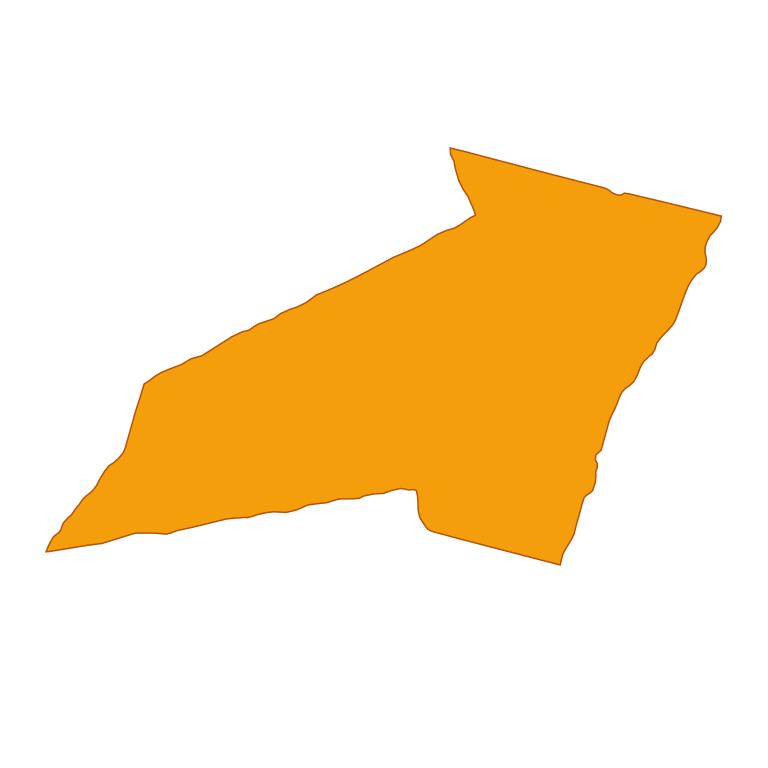 Okano, Wouleu-Ntem, Gabon (Equal Earth projection), rotated 195°
{"feature_id": "22940354B24104320747688", "entity_name": "Okano", "entity_type": "district", "adm_level": 2, "iso_a3": "GAB", "parent_name": "Gabon", "parent_adm1": "Wouleu-Ntem", "projection": "equal_earth", "projection_center": [11.511, 0.744], "detail": "fine", "context": "isolated", "style": "filled", "palette": "amber", "viewbox_px": 768, "rotation_deg": 195, "n_neighbors": 0, "source": "geoboundaries", "source_scale": "gbopen_adm2", "svg_char_len": 2727}
<svg xmlns="http://www.w3.org/2000/svg" viewBox="0 0 768 768"><g transform="rotate(195 384 384)"><path d="M101.1,628.6L101.6,633.5L158.4,632.2L196.6,631.1L201.1,630.6L204.2,627.6L208.1,627.0L213.5,627.8L217.0,629.6L221.5,630.4L278.5,629.8L366.7,629.4L381.2,629.1L380.6,627.3L379.1,622.8L374.1,617.4L371.1,610.9L364.4,599.9L358.4,593.0L351.5,586.9L343.9,577.5L341.0,573.5L339.3,570.7L342.9,567.6L347.6,562.3L351.5,557.6L356.6,552.6L362.9,548.8L371.3,542.2L384.6,527.2L393.1,520.1L407.4,509.0L430.3,487.6L446.9,472.6L459.2,462.5L467.4,456.3L472.4,452.5L477.9,445.5L480.5,442.3L487.5,436.2L494.6,431.4L501.7,425.7L507.4,418.5L513.5,414.4L519.7,410.4L523.7,406.7L528.3,401.1L534.5,397.7L543.5,390.0L559.3,372.8L567.3,364.1L571.7,361.5L577.0,358.4L584.9,350.2L595.0,343.0L602.2,337.4L607.1,332.3L612.0,325.9L615.7,322.0L616.1,308.3L616.6,299.3L616.9,290.9L617.1,276.0L617.4,254.6L618.4,249.2L621.7,242.6L624.5,238.3L628.5,233.9L631.3,227.5L634.2,217.4L635.3,211.8L637.5,206.2L640.4,201.8L643.0,198.4L645.2,194.6L647.3,188.6L649.9,182.7L651.9,177.0L654.8,172.6L657.5,167.4L658.2,163.9L658.4,159.5L659.6,156.5L663.7,151.1L665.4,145.1L666.5,138.9L667.0,134.5L664.3,135.4L654.8,139.7L643.0,145.0L628.4,151.6L615.3,156.9L600.9,166.0L585.5,175.7L567.5,180.5L555.3,182.7L551.1,185.1L545.7,189.0L532.2,195.9L519.4,202.9L501.8,212.6L493.6,215.8L488.5,217.4L484.6,219.0L481.5,219.5L477.4,221.8L472.4,225.1L463.6,229.7L457.5,232.0L451.0,233.4L445.2,234.7L440.8,237.0L436.2,239.6L430.1,244.3L426.5,247.3L419.5,250.3L414.2,252.4L408.8,254.4L404.7,257.0L400.6,259.6L396.5,261.7L391.0,263.2L382.9,265.5L378.4,267.2L374.2,270.8L365.2,275.3L356.4,278.1L349.3,283.0L341.1,287.3L336.6,287.9L332.3,288.1L328.6,289.6L325.7,289.7L324.5,288.4L322.6,284.3L321.2,280.6L320.0,276.5L318.5,271.5L316.7,267.6L314.3,263.6L308.7,258.7L304.9,255.5L301.3,254.3L296.6,254.0L293.0,254.0L291.5,254.0L267.8,254.0L189.5,254.6L167.0,254.8L167.2,261.0L167.2,265.4L166.3,270.3L164.3,277.0L162.4,283.6L161.6,288.5L161.8,298.1L161.6,308.7L161.6,319.5L161.3,326.1L159.7,328.8L157.2,331.6L154.9,335.0L154.4,344.2L155.7,350.7L156.8,354.1L156.4,358.4L157.3,362.3L160.1,365.3L161.0,370.3L159.3,372.9L157.1,376.3L157.0,395.9L156.9,406.6L156.0,413.4L154.5,420.3L153.7,426.6L153.0,433.7L152.0,437.9L149.5,442.5L146.1,446.5L143.3,451.2L141.8,457.1L141.2,462.4L140.6,467.1L139.0,472.9L134.7,480.0L132.7,482.3L131.3,487.6L131.1,494.2L129.7,497.9L127.2,503.2L123.9,508.8L120.9,514.9L119.2,520.2L118.2,529.2L117.3,541.4L116.5,550.3L115.4,558.1L113.1,565.6L110.5,571.3L108.2,573.5L104.7,578.8L104.0,582.3L104.5,586.9L105.8,589.9L108.1,594.3L109.2,599.9L108.9,605.1L107.4,611.7L105.0,616.0L102.7,620.9L101.0,628.2L101.1,628.6Z" fill="#f59e0b" stroke="#b45309" stroke-width="1.5"/></g></svg>